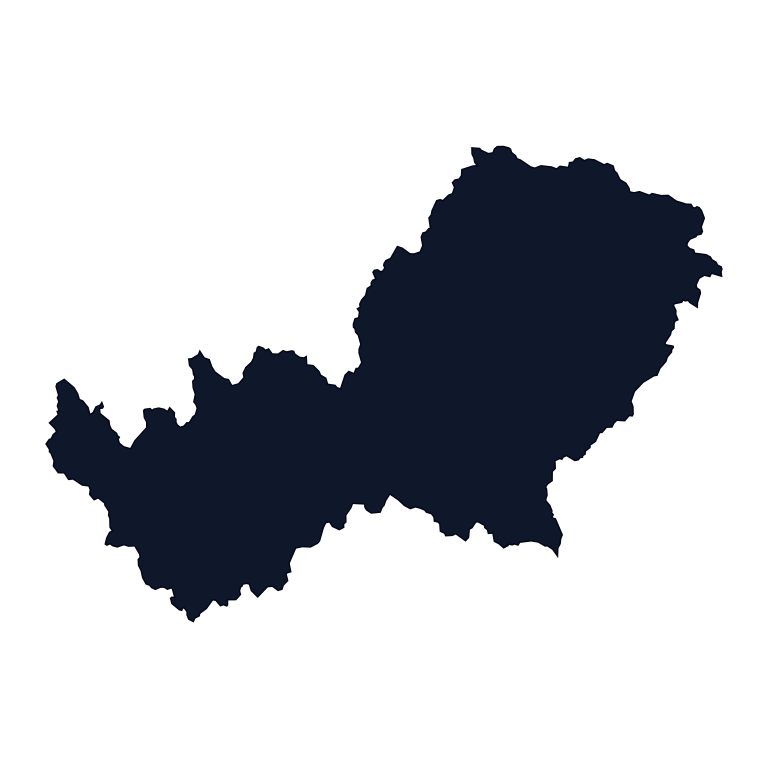 Quispicanchi, Cusco, Peru (Natural Earth projection)
{"feature_id": "86281439B28575146552042", "entity_name": "Quispicanchi", "entity_type": "district", "adm_level": 2, "iso_a3": "PER", "parent_name": "Peru", "parent_adm1": "Cusco", "projection": "natural_earth1", "projection_center": [-71.156, -13.517], "detail": "fine", "context": "isolated", "style": "filled", "palette": "ink", "viewbox_px": 768, "rotation_deg": 0, "n_neighbors": 0, "source": "geoboundaries", "source_scale": "gbopen_adm2", "svg_char_len": 6090}
<svg xmlns="http://www.w3.org/2000/svg" viewBox="0 0 768 768"><path d="M193.3,621.5L194.8,618.1L199.1,615.9L199.7,613.4L206.3,608.5L212.7,599.7L215.9,600.3L220.4,605.7L223.4,604.6L226.7,605.9L227.5,605.0L227.5,599.7L235.8,599.6L240.4,594.5L239.5,590.9L240.5,586.9L241.9,586.3L242.6,584.2L246.5,583.3L249.4,584.1L251.4,590.6L257.7,596.9L267.5,586.6L272.5,586.2L278.1,590.4L282.0,589.2L283.1,585.3L287.6,580.7L285.9,573.3L290.7,571.7L289.0,563.3L295.6,548.0L302.2,546.6L310.5,546.9L317.5,543.2L319.4,541.1L323.3,527.6L325.7,522.7L329.5,521.8L332.5,526.4L339.3,529.6L343.7,527.3L343.5,524.1L345.8,522.0L345.7,515.1L350.7,508.1L352.5,503.3L364.6,503.9L365.0,507.4L366.7,510.0L371.3,513.0L380.2,512.1L381.9,507.6L384.1,505.1L385.5,500.8L389.8,493.9L398.4,499.8L404.4,505.4L410.3,508.6L415.5,506.8L420.8,508.3L424.7,510.0L426.4,512.1L431.5,513.7L434.0,517.0L434.4,521.2L438.3,522.0L439.9,524.1L440.4,531.2L444.7,533.2L445.7,535.7L452.4,535.3L455.7,533.6L465.5,540.7L468.5,537.5L469.2,529.2L472.0,527.7L475.6,522.2L477.8,521.6L484.5,525.3L484.9,527.7L487.5,529.6L488.4,533.4L492.9,533.0L494.4,541.3L499.2,543.8L503.7,547.8L508.0,545.5L508.5,544.1L512.1,544.8L514.5,543.9L518.0,545.0L519.7,542.2L531.1,540.8L538.2,541.9L545.2,546.0L547.1,545.6L552.7,549.2L557.5,556.0L557.8,548.1L560.1,543.7L560.6,538.9L562.2,534.9L555.4,518.9L551.7,517.7L553.2,514.7L551.6,512.9L551.9,510.8L549.7,505.3L546.0,501.1L545.7,499.1L547.0,495.3L546.5,489.0L545.5,487.0L547.5,484.0L552.1,480.6L552.2,471.5L555.2,468.5L554.9,460.6L559.8,458.5L561.9,459.2L563.1,457.1L566.4,455.5L574.9,460.5L578.4,459.7L579.9,457.6L582.5,457.2L582.6,455.5L585.0,454.2L585.4,451.0L589.9,447.6L590.1,445.0L595.4,441.4L599.5,432.5L602.0,432.4L606.5,427.2L611.9,427.0L613.9,423.1L616.8,420.2L624.7,420.7L629.2,415.5L632.2,415.9L633.1,414.3L632.9,406.5L630.9,401.3L634.4,391.4L643.0,382.3L653.9,375.7L657.0,375.2L659.8,368.4L665.9,361.4L667.2,357.1L671.5,352.0L671.7,349.4L673.3,347.5L673.1,346.2L666.1,344.9L664.7,343.3L670.4,334.6L671.3,330.8L674.0,328.5L674.1,323.3L675.1,321.0L677.9,319.8L675.7,314.3L675.9,310.6L673.5,305.6L674.0,303.8L681.7,302.2L683.0,299.9L685.2,300.9L688.2,300.3L689.7,302.4L697.3,307.2L697.4,302.7L700.4,293.1L699.8,290.1L696.6,287.8L696.0,285.0L699.1,278.2L704.4,275.2L709.8,276.5L711.5,273.2L721.6,276.2L721.0,271.7L721.9,269.3L721.2,266.9L717.6,265.2L716.0,262.2L712.0,259.8L710.3,257.0L706.0,254.7L694.7,253.3L693.6,249.9L689.8,248.7L686.9,245.9L687.2,243.0L689.8,239.2L695.9,236.6L696.9,235.0L701.0,234.1L702.4,231.6L701.2,226.8L704.3,218.2L701.5,210.7L699.2,207.7L697.0,206.8L695.0,208.0L692.9,207.6L691.0,204.4L686.2,204.2L676.2,201.1L668.2,195.4L661.4,195.7L652.1,193.6L649.4,195.3L639.5,191.7L634.1,192.8L629.8,192.0L629.0,188.2L625.9,183.3L619.9,179.6L616.9,173.2L614.4,170.8L613.2,166.1L607.2,163.5L604.1,164.9L594.4,159.9L588.1,159.1L584.4,160.7L579.7,157.8L575.5,159.0L573.3,162.1L569.5,162.7L568.5,167.5L560.0,166.3L556.6,169.0L551.5,167.0L541.0,165.8L534.8,168.2L530.7,167.0L520.4,160.0L517.0,158.8L515.4,155.6L511.5,152.5L510.5,149.2L508.9,148.0L503.4,146.5L497.3,146.6L494.5,148.9L493.0,152.9L488.2,153.6L481.5,150.5L479.6,148.5L471.9,147.9L472.1,154.1L474.0,157.9L474.7,162.1L477.3,165.7L472.7,166.1L461.9,169.6L461.5,175.8L459.1,179.1L454.8,180.1L452.5,182.7L454.6,187.2L452.5,193.7L448.6,195.2L442.9,200.7L440.1,199.7L436.7,200.7L432.1,210.6L431.2,215.1L429.0,217.9L430.5,228.1L428.8,228.7L425.9,232.2L422.9,233.0L421.3,237.1L422.8,245.6L420.1,252.1L413.8,254.0L410.0,253.9L402.2,248.2L397.4,246.6L390.6,258.5L385.9,260.6L384.2,263.3L383.7,265.4L385.0,267.8L382.7,271.2L380.6,271.8L377.6,269.8L374.4,270.3L373.0,272.2L375.8,279.0L372.7,280.3L371.2,282.9L371.4,285.8L367.3,288.5L365.7,295.4L361.7,300.0L359.8,304.1L360.2,307.2L357.4,308.8L359.5,311.7L358.7,317.7L355.0,318.9L353.4,324.0L353.5,327.2L355.0,328.6L355.7,332.3L358.3,335.0L360.9,344.2L359.1,349.3L359.1,353.0L361.8,362.6L358.5,368.3L356.1,368.6L354.1,373.7L348.8,371.5L345.1,375.2L340.6,388.9L336.8,387.6L335.1,385.4L327.6,384.3L325.8,378.3L320.5,375.1L318.9,371.4L313.1,365.6L306.7,364.9L306.2,356.6L303.9,358.0L299.6,357.4L294.7,354.1L293.7,351.4L291.8,350.9L286.7,352.0L283.1,350.7L278.2,354.2L272.1,354.0L268.6,349.0L265.3,350.4L263.4,348.3L258.7,346.5L257.3,347.7L256.4,352.0L254.3,353.2L253.7,358.1L251.6,362.2L245.9,367.5L243.2,373.1L244.1,377.5L238.6,383.9L231.8,385.8L228.4,379.6L224.0,378.8L214.9,371.9L211.8,367.0L209.2,359.7L204.2,358.0L199.8,351.2L198.5,354.6L191.7,358.8L188.8,359.0L189.6,365.5L192.8,369.2L193.6,374.5L194.8,376.3L194.7,379.3L192.8,381.2L193.2,387.7L195.4,394.1L193.9,401.9L196.1,404.7L197.3,408.3L195.4,414.8L192.9,416.8L189.3,422.8L186.8,422.8L183.9,426.2L180.1,427.3L177.1,424.8L175.9,422.3L175.9,419.1L174.2,417.4L174.4,412.7L169.7,407.8L167.5,411.7L164.0,409.3L158.7,408.1L153.7,409.2L152.1,410.6L150.1,408.6L144.6,409.4L143.7,410.6L144.4,417.6L146.7,422.0L146.8,427.6L135.0,440.7L130.6,448.8L123.9,446.9L119.3,443.3L118.1,439.4L119.3,437.2L117.4,435.8L116.5,433.3L111.4,429.4L109.5,425.4L108.9,420.8L99.9,413.5L99.5,408.5L102.5,408.0L103.3,406.7L101.8,402.6L100.1,405.2L96.0,406.9L93.2,412.6L89.9,414.7L88.0,407.5L82.8,401.0L79.3,399.5L77.5,393.6L74.0,387.7L64.2,379.4L57.0,383.7L56.1,386.4L58.7,395.3L57.4,397.8L58.9,401.4L57.4,405.8L59.1,410.9L57.2,411.4L58.4,414.7L49.5,422.9L55.1,428.6L56.6,431.8L53.2,434.7L51.1,439.1L49.3,439.4L46.1,444.0L49.5,449.3L49.5,451.8L50.9,452.9L54.1,460.8L53.4,466.1L58.3,472.7L64.3,472.8L68.6,479.4L73.0,478.9L82.2,485.0L88.9,485.9L90.3,489.7L89.7,494.4L94.1,499.7L98.2,497.8L104.8,503.1L104.9,505.1L109.1,511.6L108.6,515.1L109.9,518.4L110.1,527.2L112.5,531.0L109.6,532.4L106.8,537.9L105.3,544.1L107.0,545.1L110.0,543.7L112.8,545.7L117.3,546.9L123.9,544.6L128.5,546.1L134.8,545.8L139.6,554.0L140.2,557.3L138.3,559.5L138.6,565.5L141.2,570.5L142.7,577.7L146.1,583.9L149.6,585.1L151.7,587.6L155.4,589.3L160.4,587.1L164.2,587.1L167.4,589.2L171.4,587.7L172.6,589.2L174.8,597.5L171.7,597.3L170.6,598.3L172.0,603.6L179.4,609.7L181.7,610.3L182.4,608.2L184.1,607.7L187.1,611.7L187.1,615.1L188.8,619.2L193.3,621.5Z" fill="#0f172a" stroke="#020617" stroke-width="1.5"/></svg>